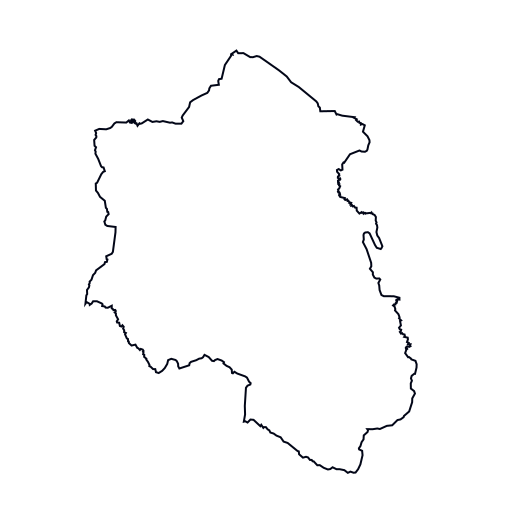 outline of Lampung Utara, Lampung, Indonesia, rotated 279°
{"feature_id": "22746128B16659764843822", "entity_name": "Lampung Utara", "entity_type": "district", "adm_level": 2, "iso_a3": "IDN", "parent_name": "Indonesia", "parent_adm1": "Lampung", "projection": "orthographic", "projection_center": [104.757, -4.808], "detail": "fine", "context": "isolated", "style": "outline", "palette": "ink", "viewbox_px": 512, "rotation_deg": 279, "n_neighbors": 0, "source": "geoboundaries", "source_scale": "gbopen_adm2", "svg_char_len": 6068}
<svg xmlns="http://www.w3.org/2000/svg" viewBox="0 0 512 512"><g transform="rotate(279 256 256)"><path d="M108.7,411.8L110.1,417.0L116.1,421.4L117.2,424.3L119.9,427.0L121.2,427.2L126.4,431.6L136.0,433.1L139.8,432.6L145.0,434.5L147.3,433.3L149.3,429.7L154.4,428.8L157.2,429.5L159.4,428.2L162.0,428.5L164.4,430.7L164.5,431.5L170.9,432.0L174.2,431.6L177.4,429.9L178.2,425.6L179.0,425.0L180.1,422.9L179.8,422.1L183.4,418.5L187.2,419.2L187.9,419.9L188.7,419.3L188.2,418.5L188.7,418.3L190.0,418.9L190.6,420.0L190.2,421.5L191.1,422.7L191.9,422.1L193.0,422.4L192.8,420.0L194.1,420.4L194.6,418.6L197.5,419.1L199.1,418.6L199.3,415.1L200.2,415.6L201.7,415.0L201.7,413.5L202.7,412.3L202.0,411.4L203.5,410.0L204.3,410.8L205.9,410.9L206.1,409.5L207.5,408.5L210.1,410.0L214.4,408.4L215.1,409.4L216.9,407.0L217.9,407.4L220.8,405.8L224.0,401.8L225.4,401.9L227.8,400.7L228.6,399.1L229.8,399.9L230.0,401.3L231.4,401.4L231.6,402.2L233.9,402.5L233.9,401.5L234.8,401.5L235.4,402.6L235.4,404.5L237.2,404.2L237.8,398.4L236.3,388.5L237.1,386.0L241.7,383.4L246.2,382.3L248.5,381.1L252.2,382.4L253.1,381.3L252.5,378.4L253.2,376.3L255.9,374.3L258.2,374.0L261.2,370.5L263.9,371.5L267.3,370.8L280.0,364.2L286.5,359.4L289.1,359.9L293.5,358.9L295.1,359.1L296.3,360.2L297.0,362.8L296.1,364.7L285.5,371.8L283.0,374.0L282.4,378.1L283.4,378.7L285.4,379.3L293.0,374.8L295.2,372.6L298.5,371.2L303.1,371.4L305.4,370.7L306.7,369.5L308.0,369.8L309.7,368.7L313.3,368.3L315.1,366.7L315.6,364.7L316.3,364.4L316.3,363.4L316.8,363.2L316.2,362.8L316.5,362.2L315.4,358.4L315.6,357.5L315.0,357.2L315.5,356.3L314.7,355.6L315.8,355.0L315.2,353.9L315.8,353.4L314.1,351.5L316.6,348.4L319.4,347.8L319.3,346.3L320.7,344.9L320.1,343.9L321.0,343.1L320.6,342.3L321.9,342.3L322.3,341.9L321.9,341.2L322.7,341.2L322.9,340.4L323.5,341.1L323.8,339.6L325.1,338.6L324.7,337.8L326.2,337.1L325.3,335.4L325.9,334.5L327.1,334.7L327.5,329.9L329.1,328.5L329.6,328.6L329.7,329.5L331.4,328.8L332.0,328.3L331.6,327.5L332.4,326.8L333.7,327.1L334.5,326.6L335.7,327.6L338.1,328.2L338.7,327.0L339.9,327.1L339.9,326.2L341.5,326.4L342.0,325.9L341.7,325.5L343.2,325.2L343.4,325.8L344.1,325.9L344.5,327.1L345.2,327.3L345.9,326.8L345.2,325.8L346.0,324.6L347.3,324.5L348.4,325.7L348.9,325.3L349.9,325.4L351.9,322.9L353.6,322.5L354.8,324.1L353.8,326.4L354.8,327.9L359.9,326.8L362.1,327.8L361.9,328.5L371.2,332.9L376.4,341.7L375.7,343.9L376.0,347.3L377.2,348.9L378.5,349.4L382.9,349.6L386.1,350.4L388.2,349.9L391.7,347.4L395.5,342.2L402.1,343.0L403.0,340.4L402.2,339.0L403.7,338.7L403.7,337.3L404.9,336.8L404.5,335.5L405.9,333.6L406.8,334.1L407.9,331.0L408.5,331.4L408.1,319.2L408.8,314.1L408.3,313.4L411.5,311.1L409.0,296.9L412.6,295.8L413.6,294.2L416.4,293.1L418.1,291.4L429.6,271.8L433.1,263.5L438.1,258.3L443.0,249.6L453.4,228.3L453.6,225.4L451.9,221.9L451.5,219.2L454.4,211.9L453.5,206.7L455.8,204.5L452.2,200.7L451.2,201.3L451.2,199.9L449.7,200.0L439.8,195.4L425.7,194.3L424.9,191.8L423.0,191.3L419.3,192.5L417.1,184.9L414.3,183.7L412.2,183.7L409.5,182.4L406.1,177.2L400.3,169.6L397.5,166.9L392.7,166.6L383.3,161.6L381.1,161.0L377.8,163.1L375.0,161.6L374.1,155.9L374.8,152.3L374.2,150.2L374.7,142.9L373.4,139.9L373.5,136.6L372.2,132.7L373.9,127.8L369.1,122.4L368.4,120.7L368.8,120.1L366.1,118.6L368.4,117.2L367.9,116.4L368.4,115.3L370.4,115.6L371.7,114.2L371.5,113.4L368.3,113.8L371.5,112.6L371.5,111.9L370.5,111.4L368.7,112.6L368.0,112.5L368.1,110.6L370.0,109.2L367.5,107.0L366.3,97.2L364.8,95.4L361.0,93.4L359.6,92.0L357.7,88.2L357.0,81.3L354.6,77.5L352.4,78.9L350.5,78.6L349.4,79.6L348.1,79.7L345.3,78.0L339.6,79.3L338.4,81.0L335.3,80.4L334.0,81.3L331.9,81.4L327.3,84.9L320.5,88.9L319.6,90.0L319.6,91.6L316.1,93.4L315.2,91.9L312.6,90.4L303.5,87.6L302.5,86.4L295.6,87.7L293.6,90.0L290.0,92.7L286.9,98.0L280.1,100.2L279.2,101.4L276.4,102.2L276.3,103.1L274.3,103.9L271.5,101.9L267.5,101.5L266.4,100.8L263.3,102.3L262.4,104.4L262.7,112.8L257.4,113.5L237.7,114.0L235.6,113.1L232.3,108.1L229.5,109.0L229.3,109.8L226.9,109.6L226.3,107.8L224.3,107.6L216.8,100.3L214.2,99.8L211.6,98.0L206.8,97.2L204.7,95.7L203.3,96.0L201.7,95.4L200.9,96.0L198.9,95.9L196.0,94.4L192.0,95.2L190.6,94.6L182.2,95.0L184.0,95.9L182.7,99.3L181.8,99.5L183.3,101.1L185.8,102.2L186.4,106.0L185.0,111.1L184.3,112.0L182.5,111.9L182.5,114.5L181.5,115.5L181.7,117.7L184.3,121.3L181.7,121.7L181.0,123.2L180.2,123.7L180.7,125.3L180.2,125.9L179.4,126.1L178.1,125.3L177.4,126.6L175.5,126.9L171.9,129.7L169.7,128.7L168.6,129.2L168.7,131.3L165.6,132.5L165.3,134.1L166.7,134.9L165.4,136.4L163.5,136.1L162.1,137.4L160.1,137.7L159.6,139.5L158.2,138.9L154.4,141.3L154.0,142.5L151.7,143.0L151.6,143.7L150.1,144.1L148.1,147.1L149.6,150.8L146.7,153.1L146.4,154.3L145.0,156.0L146.2,156.7L145.8,158.8L144.6,159.8L143.8,159.3L142.9,160.0L141.3,159.9L140.9,161.1L138.9,161.3L137.4,163.8L136.6,163.8L134.6,165.8L131.8,167.8L130.5,167.9L130.2,169.2L128.2,172.0L128.5,174.2L125.6,175.4L125.2,178.2L127.9,181.3L131.0,183.4L135.5,185.2L139.4,185.5L141.2,188.4L140.7,192.8L139.8,194.2L137.4,195.9L134.9,196.4L132.9,197.9L137.6,207.1L139.8,207.2L141.3,208.4L143.7,213.2L145.7,215.9L146.5,218.3L147.7,219.5L150.3,220.6L148.8,225.1L145.6,229.0L145.6,230.9L146.8,231.8L148.2,234.1L147.4,238.4L146.1,241.0L144.8,240.7L142.9,244.1L142.0,247.3L140.0,249.8L136.7,250.6L136.5,251.5L138.3,252.8L137.0,255.8L135.4,264.1L134.5,266.1L130.8,268.8L129.6,270.6L128.2,270.5L126.6,267.9L124.3,266.7L106.2,268.4L97.8,270.0L90.5,269.9L91.1,271.2L90.2,273.7L93.6,276.1L93.8,279.2L88.6,286.9L90.1,287.6L87.4,290.1L88.2,290.6L88.5,292.6L86.6,294.6L85.9,296.4L83.9,297.8L83.4,301.2L81.8,304.3L80.8,308.7L77.0,312.3L76.3,316.5L69.9,327.5L69.7,328.8L66.9,329.6L64.2,333.9L65.5,336.8L65.2,338.9L63.0,341.2L63.3,342.9L62.1,344.0L62.2,345.1L58.9,349.3L59.4,351.7L57.4,356.0L56.4,360.4L57.2,362.7L59.3,364.7L58.0,368.9L58.5,372.1L58.3,376.8L56.2,380.6L57.8,383.0L57.2,386.3L57.7,388.2L61.4,390.2L66.5,391.7L75.9,392.4L80.2,391.3L81.1,388.1L82.2,387.7L84.6,388.9L88.6,389.4L91.7,390.9L95.7,390.5L99.6,393.7L101.5,393.9L102.4,393.0L103.2,398.4L104.6,402.8L104.5,405.4L108.7,411.8Z" fill="none" stroke="#020617" stroke-width="2"/></g></svg>